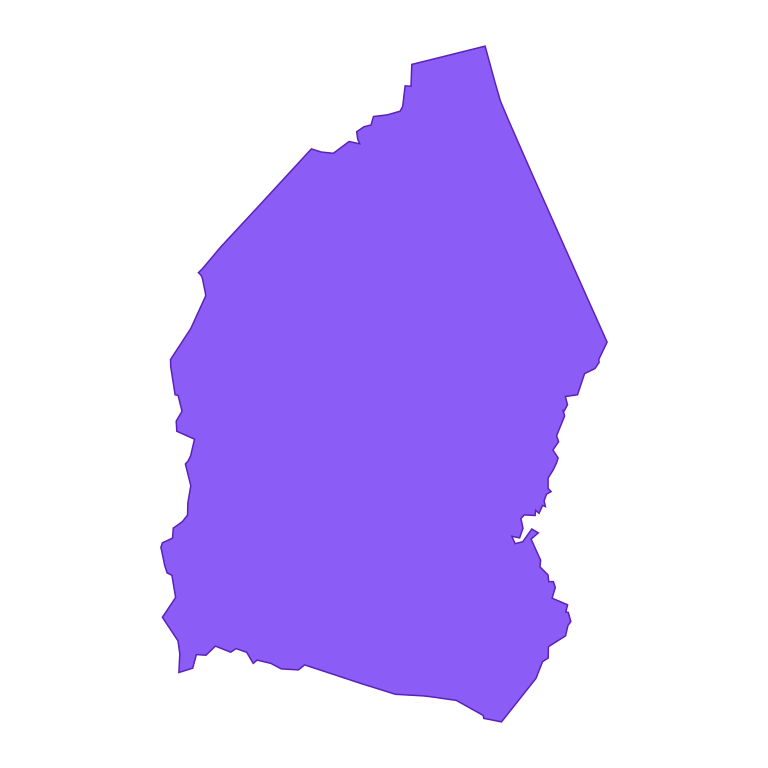 Moca, Puerto Rico
{"feature_id": "32010507B73716222823884", "entity_name": "Moca", "entity_type": "district", "adm_level": 2, "iso_a3": "PRI", "parent_name": "Puerto Rico", "parent_adm1": "", "projection": "orthographic", "projection_center": [-67.079, 18.384], "detail": "fine", "context": "isolated", "style": "filled", "palette": "violet", "viewbox_px": 768, "rotation_deg": 0, "n_neighbors": 0, "source": "geoboundaries", "source_scale": "gbopen_adm2", "svg_char_len": 1795}
<svg xmlns="http://www.w3.org/2000/svg" viewBox="0 0 768 768"><path d="M607.1,342.1L585.3,293.5L531.0,171.5L508.2,119.5L500.5,101.3L495.1,82.7L485.1,46.1L411.8,64.4L411.0,86.2L405.1,85.9L402.7,106.4L400.1,111.2L387.0,114.9L373.5,116.5L371.0,125.0L364.1,126.7L356.7,131.7L357.7,139.3L359.4,143.0L359.7,143.8L349.1,141.5L333.3,153.3L321.1,152.0L311.4,148.9L254.5,210.6L221.2,246.4L202.1,269.1L198.4,272.6L201.1,275.4L202.4,278.4L202.5,278.8L205.4,293.2L205.7,295.9L191.3,327.4L190.6,328.8L170.6,359.4L170.5,359.5L170.7,366.5L175.1,394.8L178.1,395.4L182.0,411.2L176.2,421.2L176.8,431.3L194.5,439.2L190.6,455.9L188.0,461.1L185.4,464.0L190.8,485.7L187.9,502.6L187.5,515.1L182.4,521.6L173.3,528.1L172.5,538.1L162.4,542.8L160.9,547.3L164.8,565.8L167.1,572.9L171.9,575.3L175.6,597.5L162.4,617.3L178.0,640.9L179.8,653.9L178.9,672.5L192.7,668.2L196.4,654.6L206.0,655.2L215.4,646.1L230.7,652.2L236.0,648.6L246.7,652.3L253.2,663.4L257.2,660.1L270.9,663.4L281.3,668.9L298.5,669.9L304.6,664.9L360.6,683.4L395.4,694.3L423.5,695.9L431.1,696.8L456.3,700.4L483.1,715.4L483.8,718.4L501.5,721.9L529.8,686.2L536.0,678.4L542.5,661.7L548.2,658.0L548.4,646.7L565.6,635.8L567.9,625.6L570.8,621.6L568.3,612.4L565.8,612.1L567.6,604.8L552.1,598.2L555.3,587.5L553.4,581.6L548.8,581.7L548.0,574.9L540.0,566.9L540.6,560.2L531.1,539.1L538.3,532.9L531.8,529.0L522.8,541.7L515.1,543.7L511.9,536.3L519.6,537.9L523.0,528.3L520.9,518.5L524.4,514.9L535.1,515.5L535.6,510.3L539.0,513.3L542.6,505.4L545.4,506.6L544.1,500.9L546.5,494.2L551.1,491.6L548.1,488.4L548.1,478.1L553.2,469.9L556.7,462.6L558.1,457.9L552.9,450.0L558.6,441.7L556.6,435.8L564.6,416.0L563.2,410.5L564.3,410.8L567.5,404.8L565.4,396.5L577.5,394.8L584.6,373.6L594.9,368.6L599.1,362.4L598.8,359.4L607.1,342.1Z" fill="#8b5cf6" stroke="#5b21b6" stroke-width="1.5"/></svg>